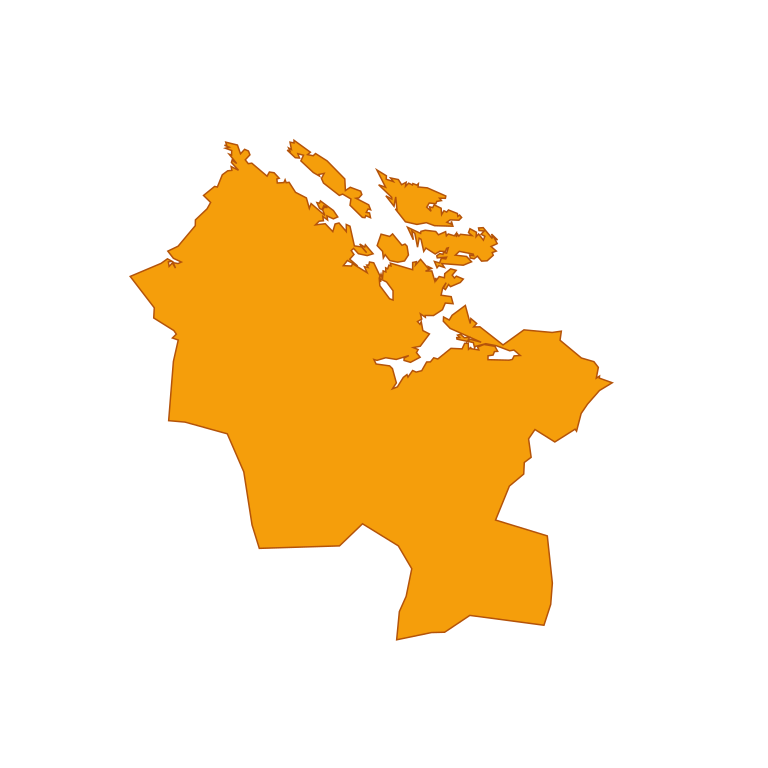 the district of Tvedestrand nor, Aust-Agder, Norway, rotated 250°
{"feature_id": "86288312B79556045752597", "entity_name": "Tvedestrand nor", "entity_type": "district", "adm_level": 2, "iso_a3": "NOR", "parent_name": "Norway", "parent_adm1": "Aust-Agder", "projection": "mercator", "projection_center": [9.012, 58.625], "detail": "fine", "context": "isolated", "style": "filled", "palette": "amber", "viewbox_px": 768, "rotation_deg": 250, "n_neighbors": 0, "source": "geoboundaries", "source_scale": "gbopen_adm2", "svg_char_len": 6175}
<svg xmlns="http://www.w3.org/2000/svg" viewBox="0 0 768 768"><g transform="rotate(250 384 384)"><path d="M575.7,223.3L573.6,215.8L571.9,182.3L534.2,194.2L524.8,190.2L506.1,204.8L501.9,205.9L499.6,200.9L495.7,205.7L477.2,193.8L423.2,169.1L416.3,183.9L390.8,219.7L349.4,222.2L296.7,211.8L272.2,210.6L247.1,286.8L260.0,316.0L227.0,342.1L200.9,346.9L176.9,332.2L164.9,320.6L139.3,308.4L134.2,343.6L130.0,356.1L137.2,385.5L102.6,451.8L119.9,465.3L139.3,474.1L185.4,485.5L218.0,442.3L245.2,466.9L251.6,484.5L262.3,489.0L264.8,497.2L283.0,501.1L289.6,510.3L271.1,524.7L276.2,548.1L273.8,548.8L288.9,559.2L295.5,568.4L304.2,584.3L307.1,598.9L315.9,588.3L317.7,589.2L316.9,585.5L326.3,591.1L333.2,588.9L340.9,578.4L364.9,564.4L373.0,568.7L374.9,559.7L387.0,534.0L380.0,509.2L404.9,493.7L407.0,487.8L409.2,491.8L415.8,488.0L411.4,485.7L430.0,487.3L425.3,471.5L421.8,467.2L426.6,462.9L422.7,461.2L413.6,465.2L390.0,489.6L396.3,480.6L395.7,477.1L398.6,480.5L400.0,475.3L404.5,472.9L404.8,469.8L401.8,471.0L402.7,468.2L401.2,467.9L392.4,482.1L386.9,481.5L388.1,482.6L387.1,493.4L381.6,502.6L372.2,513.5L371.5,517.7L364.2,521.8L365.9,515.9L363.2,513.0L363.6,509.7L371.3,490.0L374.9,491.4L373.9,496.4L376.7,498.9L375.8,502.0L381.5,501.1L386.9,491.5L386.7,484.6L383.6,484.7L388.0,476.9L388.9,478.6L387.7,475.3L393.5,477.1L394.6,473.7L390.3,469.4L394.6,459.1L389.1,443.1L391.6,439.7L388.9,435.2L390.1,431.6L383.6,424.0L384.2,418.3L386.9,415.5L382.3,408.9L385.0,408.8L383.6,404.4L376.7,395.6L376.6,390.3L380.8,396.0L395.6,397.2L399.1,395.5L405.5,383.4L410.5,382.9L408.6,385.5L408.1,394.6L402.9,403.9L402.2,417.1L401.5,411.8L399.3,410.9L395.3,416.3L396.8,427.1L402.4,425.2L404.7,427.9L408.2,424.0L407.1,431.0L415.5,443.8L420.9,438.8L429.8,440.3L427.7,438.2L431.2,436.8L432.1,441.7L437.5,442.2L432.6,445.7L434.3,446.2L431.4,453.9L433.8,464.3L439.1,469.3L435.8,476.4L443.1,477.0L447.9,468.0L454.0,471.9L458.0,477.1L453.8,472.6L451.7,474.0L455.4,478.7L452.7,479.8L453.3,490.4L455.5,494.4L460.6,488.9L459.5,486.4L463.0,485.3L466.1,490.7L469.4,486.0L466.9,478.8L463.2,477.1L466.1,472.6L463.5,468.5L466.0,468.9L463.3,467.0L473.9,467.6L475.9,461.6L476.4,468.4L478.8,466.1L476.7,466.5L477.4,465.1L488.6,461.0L485.1,454.4L487.9,456.2L488.4,452.5L481.6,450.0L495.4,431.3L492.6,430.9L494.0,429.3L491.0,426.8L492.6,425.3L488.7,424.1L490.6,421.9L483.3,418.5L488.3,418.8L484.7,415.8L481.1,415.8L483.6,416.9L479.0,421.3L468.6,424.4L459.8,421.2L462.2,418.4L477.8,413.7L485.1,415.7L486.9,417.2L501.4,415.8L503.6,412.1L501.0,410.4L501.7,408.4L498.9,408.9L500.9,405.7L494.4,406.2L507.8,395.6L506.0,393.8L509.1,386.3L512.6,391.8L503.9,399.6L513.0,394.5L516.0,400.1L520.6,398.8L521.8,401.8L515.2,404.5L510.4,412.1L510.1,418.3L521.2,414.1L519.3,412.7L523.9,409.0L513.3,412.6L520.5,409.8L523.9,403.4L543.9,406.0L546.8,403.1L540.1,400.7L550.7,396.8L551.1,392.8L544.7,388.0L554.7,383.6L557.0,374.0L559.2,378.7L558.1,382.9L562.3,383.8L557.4,387.1L561.4,387.9L556.5,392.9L556.8,397.7L564.3,395.8L577.8,386.9L576.0,385.2L577.4,383.0L571.1,383.5L568.9,385.4L572.1,388.4L569.1,391.2L570.5,388.3L568.7,385.9L562.6,386.1L578.5,377.2L574.6,373.9L585.4,374.7L594.4,366.4L606.0,363.8L606.6,360.9L609.7,360.9L607.5,358.8L609.4,352.5L613.3,353.4L613.2,355.9L620.1,353.0L622.4,348.8L619.3,345.2L636.7,335.3L637.5,331.8L642.1,330.3L645.2,336.4L649.3,336.3L652.2,333.3L649.4,327.9L658.7,328.0L665.4,318.0L662.2,317.8L662.9,315.7L659.5,319.5L659.8,315.6L655.5,320.7L651.3,319.1L652.9,317.1L641.5,321.0L646.4,317.9L644.4,316.4L634.6,320.4L640.6,314.7L636.8,314.1L637.8,310.0L635.9,303.6L626.1,294.8L627.6,292.4L622.9,278.9L613.9,283.2L609.1,277.6L602.7,262.9L597.3,260.8L583.9,237.6L582.8,226.3L574.1,229.1L567.9,235.3L567.6,231.7L570.1,227.4L564.2,227.7L570.2,226.6L568.0,222.3L572.5,223.1L571.8,226.8L575.7,223.3ZM573.0,447.1L556.8,455.1L555.1,454.6L560.2,450.1L547.6,454.2L555.8,459.0L543.3,455.8L544.6,454.5L529.1,459.6L522.7,469.5L521.1,479.0L515.5,485.6L508.7,502.7L513.8,503.0L511.4,501.7L514.5,498.4L515.6,502.3L512.3,510.4L513.9,513.9L516.9,512.8L516.3,510.7L519.1,511.3L525.5,504.1L524.1,501.7L526.3,499.6L523.5,496.1L529.6,497.8L535.2,492.4L533.1,490.1L534.9,487.4L530.2,487.3L535.6,484.6L538.6,488.4L535.7,494.4L537.5,496.0L536.7,500.7L539.6,499.7L537.5,505.2L539.5,506.4L553.5,491.8L557.5,483.4L560.5,484.8L559.7,482.9L562.5,479.7L561.3,478.8L564.3,475.8L562.4,471.8L566.0,473.8L565.3,468.7L571.2,467.4L575.4,460.6L571.0,462.0L575.7,456.1L578.8,457.5L587.6,450.5L568.4,452.8L573.0,447.1ZM523.3,459.7L509.5,460.9L518.1,462.5L515.0,464.5L501.1,462.3L509.0,466.9L507.3,468.3L495.0,466.7L497.4,469.9L488.6,476.6L489.7,481.9L487.5,486.9L490.1,489.3L490.0,491.0L485.5,487.6L487.4,484.9L485.6,483.7L487.5,481.1L486.4,477.4L484.3,477.2L481.8,486.2L480.4,484.8L482.5,480.9L478.8,477.6L481.9,473.3L475.1,473.6L476.5,475.9L472.9,480.6L477.4,479.5L468.5,499.2L468.9,508.1L475.6,505.2L480.7,495.1L482.9,500.1L475.6,512.2L473.9,512.2L475.9,508.6L472.8,508.2L470.8,511.5L472.2,515.5L466.1,517.7L464.5,523.1L467.6,530.7L470.5,530.6L470.5,535.0L476.6,531.6L477.2,538.4L483.1,537.6L480.5,540.0L488.1,536.3L485.0,536.3L484.2,535.3L497.0,530.7L498.3,526.2L495.7,525.8L493.5,530.5L491.5,526.4L488.3,529.3L485.2,526.6L492.6,524.2L490.9,520.9L495.0,522.8L500.5,517.9L497.4,515.2L493.4,517.4L498.5,507.1L497.4,504.9L499.7,504.4L497.4,502.2L501.0,503.6L499.2,500.8L503.0,495.7L501.9,493.3L506.1,494.0L505.6,486.2L509.6,484.8L514.4,475.3L514.8,470.9L513.0,469.9L523.3,459.7ZM636.9,373.0L627.0,378.0L625.2,381.9L629.9,381.8L626.5,386.6L622.1,382.2L606.9,389.9L601.4,394.5L603.2,394.4L602.4,399.8L598.5,395.5L593.5,395.9L576.5,406.5L576.6,410.1L569.2,416.2L563.6,413.2L548.0,420.6L546.8,423.0L548.4,424.5L544.9,428.2L549.7,428.9L551.3,426.0L553.9,428.9L552.3,431.0L557.6,430.9L568.1,421.2L567.5,424.1L569.6,428.0L573.2,428.0L580.4,419.6L579.0,413.9L590.1,417.3L613.2,406.8L624.0,398.5L622.7,395.5L625.7,390.6L627.0,394.1L643.8,382.8L641.3,381.9L643.4,378.4L636.0,377.2L638.4,375.1L635.0,375.3L636.9,373.0ZM516.4,424.9L509.1,428.0L502.7,426.5L505.1,429.3L498.0,431.7L493.8,438.5L492.6,445.4L496.9,451.1L505.6,452.8L508.3,451.6L508.2,448.3L522.1,443.4L520.7,439.8L525.8,432.5L516.4,424.9Z" fill="#f59e0b" stroke="#b45309" stroke-width="1.5"/></g></svg>